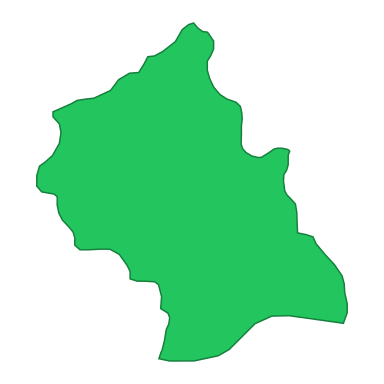 an SVG outline of Bitola
{"feature_id": "MKD-2896", "entity_name": "Bitola", "entity_type": "Statistical Region", "adm_level": 1, "iso_a3": "MKD", "parent_name": "North Macedonia", "parent_adm1": "", "projection": "mercator", "projection_center": [21.29, 41.04], "detail": "fine", "context": "isolated", "style": "filled", "palette": "green", "viewbox_px": 384, "rotation_deg": 0, "n_neighbors": 0, "source": "natural_earth", "source_scale": "10m", "svg_char_len": 1586}
<svg xmlns="http://www.w3.org/2000/svg" viewBox="0 0 384 384"><path d="M343.4,323.3L289.2,315.7L271.8,316.1L255.0,323.7L229.2,349.5L218.1,355.8L194.1,360.9L169.6,361.0L158.9,358.7L161.1,352.1L161.9,350.8L164.6,340.0L166.2,329.7L168.8,324.0L169.7,317.7L168.0,313.2L160.7,308.6L161.6,296.6L158.5,284.6L154.7,281.8L144.7,281.2L137.3,281.2L130.1,278.9L130.1,271.5L127.0,265.2L119.3,254.4L109.8,249.2L99.9,249.2L87.7,249.8L80.0,249.8L74.8,245.2L74.8,237.8L73.1,232.1L68.4,226.4L62.4,220.1L58.9,213.2L57.2,205.2L57.2,196.7L54.1,194.1L41.7,191.9L36.8,186.2L36.8,175.5L39.5,166.2L45.4,161.9L52.5,155.5L59.4,143.3L61.0,132.6L59.4,124.0L53.0,116.8L53.0,111.8L53.3,111.7L61.0,108.3L70.7,104.0L77.2,100.4L86.4,99.0L93.9,98.2L103.1,93.9L110.6,90.4L118.7,79.6L129.5,73.2L138.7,72.5L144.1,63.9L147.8,56.7L154.3,56.0L162.4,51.7L175.3,41.7L182.3,29.5L188.8,24.5L190.2,24.1L193.6,23.0L197.9,28.1L202.8,31.6L207.3,32.1L208.3,33.2L213.6,41.1L213.6,49.0L210.8,55.5L207.3,61.1L207.3,70.3L209.7,78.7L213.6,87.0L219.8,94.4L226.8,99.0L236.2,102.3L240.4,106.5L241.8,113.0L242.2,119.0L241.4,125.9L241.4,134.7L241.1,144.0L242.8,149.1L246.4,152.8L251.9,156.0L257.5,157.4L261.3,157.4L268.7,152.8L273.9,149.1L277.4,148.2L281.9,148.2L287.9,149.5L289.7,151.1L288.2,155.2L288.2,164.8L286.5,170.5L283.9,174.5L283.5,181.3L284.8,190.9L286.9,194.9L290.3,198.3L295.4,204.0L296.8,212.5L297.2,225.5L297.6,232.9L306.2,234.6L313.0,236.9L316.0,243.7L325.0,254.5L334.4,264.6L342.1,275.9L344.2,283.9L344.7,292.4L347.2,303.7L347.2,312.2L347.0,313.4L343.4,323.2L343.4,323.3Z" fill="#22c55e" stroke="#15803d" stroke-width="1.5"/></svg>